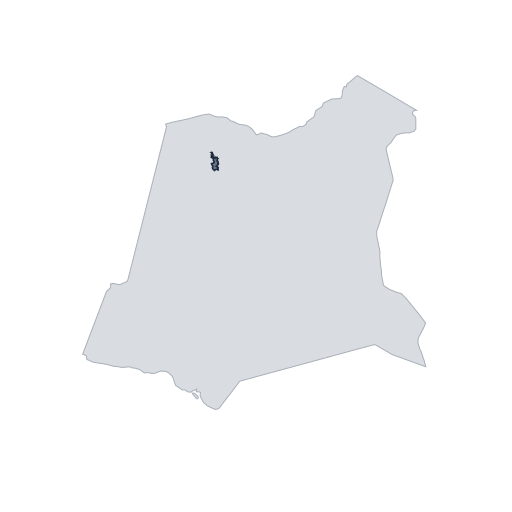 Tinderet, Rift Valley, Kenya (highlighted), rotated 75°
{"feature_id": "3690345B14310804681504", "entity_name": "Tinderet", "entity_type": "district", "adm_level": 2, "iso_a3": "KEN", "parent_name": "Kenya", "parent_adm1": "Rift Valley", "projection": "mercator", "projection_center": [35.153, -0.008], "detail": "fine", "context": "in_parent", "style": "filled", "palette": "slate", "viewbox_px": 512, "rotation_deg": 75, "n_neighbors": 0, "source": "geoboundaries", "source_scale": "gbopen_adm2", "svg_char_len": 5132}
<svg xmlns="http://www.w3.org/2000/svg" viewBox="0 0 512 512"><g transform="rotate(75 256 256)"><path d="M105.2,309.1L105.1,302.6L106.0,286.2L105.9,271.8L106.7,264.6L110.3,260.0L111.9,256.7L113.1,252.1L114.9,248.3L119.2,245.2L119.9,243.5L124.4,238.4L127.1,231.8L129.1,229.5L131.6,227.5L133.4,226.4L136.3,225.3L138.6,224.6L139.0,224.1L139.2,223.1L138.5,219.0L139.5,217.6L141.0,214.9L142.8,212.3L144.4,210.7L145.3,209.0L145.8,206.2L145.8,204.1L145.8,200.8L145.3,193.2L143.4,186.8L142.2,179.7L143.1,177.4L141.6,173.2L140.9,173.0L139.6,172.1L138.1,168.2L136.9,164.6L136.2,163.7L131.1,160.6L128.6,153.2L125.8,151.5L124.3,144.2L124.0,142.1L125.6,134.7L125.4,133.1L123.7,131.5L119.0,129.9L115.1,126.9L115.6,125.9L115.9,124.8L113.8,124.0L107.9,111.5L115.5,103.9L123.2,96.3L133.0,86.6L142.1,77.7L149.9,70.1L156.8,63.2L156.6,64.5L156.7,66.3L157.5,67.3L159.0,68.1L160.9,67.3L162.7,66.2L164.4,66.0L174.8,68.8L176.6,71.3L176.5,74.0L176.9,75.9L176.1,77.9L175.2,83.8L175.5,89.2L178.6,93.2L181.4,96.3L183.7,100.7L185.3,102.1L187.6,102.8L194.7,103.0L205.4,103.3L215.6,103.5L216.5,103.6L218.7,104.2L228.1,110.2L236.7,115.6L244.0,120.4L251.1,125.0L258.0,129.4L263.3,133.1L268.6,134.3L277.2,134.8L283.1,135.0L288.5,136.5L296.7,138.0L302.7,138.7L306.4,139.6L316.6,140.4L318.3,139.9L322.7,135.8L327.8,129.1L329.7,125.5L336.2,121.8L347.6,116.7L355.7,113.1L364.6,109.5L368.7,112.6L374.3,117.7L376.8,120.1L378.8,121.2L381.9,122.0L385.6,122.0L387.6,121.9L391.7,121.2L401.4,120.6L406.9,120.7L402.3,127.3L396.7,135.3L386.4,150.1L378.6,157.8L372.7,163.7L372.2,164.7L372.2,171.2L372.2,187.2L372.4,219.1L372.5,250.9L372.6,282.8L372.7,298.7L372.7,304.1L377.9,310.8L383.0,317.3L389.6,326.0L393.2,330.6L393.8,332.2L393.6,335.3L388.1,341.8L383.6,344.7L377.5,346.1L375.7,345.9L373.3,344.9L372.4,346.5L371.7,348.9L370.4,348.4L369.3,347.7L369.9,352.0L370.6,354.1L369.7,357.0L366.7,359.5L366.4,361.7L360.1,367.2L351.0,367.8L346.2,370.6L344.1,372.9L342.5,377.8L343.1,385.4L340.5,391.2L340.1,394.1L335.4,397.9L333.3,401.4L331.8,404.9L330.4,406.5L328.9,414.4L326.7,419.2L326.1,420.8L325.6,422.3L323.9,425.1L322.8,427.0L322.0,428.3L316.5,440.7L312.1,446.2L308.8,445.6L306.5,447.8L306.3,448.8L305.1,448.2L302.3,446.2L296.5,442.0L290.6,437.8L284.8,433.6L279.0,429.4L273.2,425.2L267.4,421.0L261.6,416.8L255.8,412.7L252.4,410.2L250.9,408.7L249.7,405.9L249.2,405.1L247.6,404.2L245.8,404.0L245.3,403.5L245.3,402.1L245.9,400.1L248.1,396.2L248.3,394.0L247.9,391.4L247.2,387.3L246.6,386.4L242.8,384.2L234.7,379.7L226.7,375.2L218.6,370.7L210.5,366.2L202.5,361.7L194.4,357.2L186.4,352.7L178.3,348.2L170.2,343.7L162.2,339.2L154.1,334.7L146.1,330.2L138.0,325.7L129.9,321.2L121.9,316.7L113.8,312.2L110.8,310.5L108.1,309.1L105.2,309.1ZM373.3,352.8L371.9,353.1L372.6,351.0L376.8,348.2L378.4,348.8L378.8,349.5L378.7,350.0L378.0,350.6L373.3,352.8Z" fill="#d9dde1" stroke="#a8b0b8" stroke-width="1"/><path d="M144.4,272.4L144.5,272.3L144.8,272.3L144.9,272.1L145.0,272.1L145.3,272.3L145.8,272.0L146.2,272.0L146.2,271.8L146.7,272.1L146.9,272.2L147.0,272.2L147.0,272.4L146.9,272.5L146.9,273.1L148.9,273.1L148.9,273.3L149.0,273.3L149.1,273.6L149.4,273.3L149.5,273.2L149.8,273.1L150.0,272.9L150.2,272.7L150.2,272.4L150.3,272.2L150.5,272.1L150.5,271.9L150.5,271.7L150.5,271.4L152.1,272.3L152.3,272.4L152.3,272.5L152.5,272.5L152.7,272.4L152.8,272.3L153.0,272.3L153.1,272.2L153.3,272.2L153.5,272.2L153.8,272.2L154.0,272.1L154.3,272.1L154.5,272.2L154.6,272.3L154.8,272.3L154.8,272.5L155.0,272.5L155.2,273.4L155.2,273.6L155.2,275.1L155.6,275.1L157.1,274.9L157.4,274.7L158.3,274.3L158.9,274.9L159.1,275.0L159.3,275.1L159.5,275.3L160.0,275.2L160.7,275.2L161.0,275.1L161.4,274.8L161.8,274.4L162.7,274.1L162.0,272.2L162.2,271.4L162.3,271.0L162.7,270.8L163.2,270.4L163.1,270.2L162.6,270.1L161.9,270.1L161.4,269.8L160.7,269.6L160.6,270.4L160.6,270.5L160.4,270.5L160.2,270.5L159.9,270.4L159.7,270.4L159.5,270.5L159.4,270.4L159.3,270.5L159.2,270.6L158.9,270.7L158.7,270.7L158.7,270.8L158.6,270.7L158.4,270.4L158.2,270.1L158.1,269.2L157.8,268.6L157.0,268.4L156.7,269.0L156.5,268.9L156.4,268.9L156.0,268.7L155.8,268.6L155.8,268.4L155.7,268.4L155.4,268.5L155.3,268.4L155.2,268.4L154.9,268.3L154.9,268.2L154.7,268.2L154.6,268.4L154.6,268.7L154.5,268.8L154.4,268.9L154.2,268.7L154.3,268.7L154.2,268.7L153.9,268.7L153.7,268.7L153.5,268.8L153.5,268.7L153.4,268.7L153.2,268.6L152.9,268.4L152.7,268.3L152.6,268.2L152.4,268.0L152.2,268.0L152.1,267.7L151.8,268.1L150.8,267.9L150.7,267.9L150.7,268.0L150.7,268.3L150.7,268.5L150.5,268.8L150.5,269.0L150.4,269.0L150.2,269.2L150.2,269.3L150.0,269.5L150.0,269.8L150.1,270.0L150.3,270.1L150.3,270.3L150.5,270.3L150.4,270.4L150.4,270.5L150.2,270.7L150.1,270.8L150.1,271.1L150.1,271.3L149.9,271.4L149.7,271.4L149.4,271.4L149.3,271.5L149.2,271.5L148.9,271.5L148.8,271.4L148.8,271.5L148.7,271.7L148.5,271.4L148.4,271.4L148.4,271.5L148.4,271.8L148.3,272.0L148.1,272.1L147.9,272.2L147.7,272.2L147.4,272.1L147.2,272.1L146.9,272.0L146.8,271.9L146.8,271.7L146.7,271.5L146.7,271.4L146.5,271.5L146.3,271.5L146.2,271.5L145.4,271.5L145.2,271.5L144.9,271.5L144.7,271.5L144.5,271.8L144.4,271.9L144.3,272.0L144.4,272.3L144.4,272.4Z" fill="#64748b" stroke="#1e293b" stroke-width="1.5"/></g></svg>